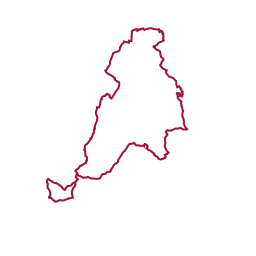 the district of Horoatu Crasnei, Salaj, Romania, rotated 31°
{"feature_id": "2599482B73206727878313", "entity_name": "Horoatu Crasnei", "entity_type": "district", "adm_level": 2, "iso_a3": "ROU", "parent_name": "Romania", "parent_adm1": "Salaj", "projection": "mercator", "projection_center": [22.925, 47.064], "detail": "fine", "context": "isolated", "style": "outline", "palette": "rose", "viewbox_px": 256, "rotation_deg": 31, "n_neighbors": 0, "source": "geoboundaries", "source_scale": "gbopen_adm2", "svg_char_len": 5848}
<svg xmlns="http://www.w3.org/2000/svg" viewBox="0 0 256 256"><g transform="rotate(31 128 128)"><path d="M111.1,221.8L113.1,219.9L112.9,219.5L113.3,219.0L115.2,217.3L116.8,216.1L115.3,214.9L114.6,213.9L113.7,213.4L113.7,213.0L113.4,212.9L113.3,212.2L112.6,211.5L112.6,210.9L112.3,210.3L112.3,209.2L112.0,208.3L112.0,207.5L112.4,206.4L112.3,204.6L112.0,203.9L112.0,203.2L110.5,201.8L111.0,200.6L111.0,199.6L111.6,198.6L111.6,198.1L111.6,197.9L111.4,197.7L109.9,197.5L109.0,196.8L108.6,196.9L107.8,194.1L107.7,193.0L107.4,192.4L109.7,194.4L111.9,193.8L112.5,193.9L114.5,193.6L115.4,193.8L116.1,192.9L118.1,191.7L118.4,190.9L119.7,190.4L120.5,190.6L121.3,190.3L122.8,190.2L123.8,189.2L124.7,189.1L127.8,187.4L129.3,186.2L129.7,185.8L129.9,183.7L129.8,181.1L129.9,180.7L130.6,180.5L130.8,180.0L132.2,178.9L132.4,178.6L132.5,177.0L134.0,175.4L134.8,175.2L135.3,174.4L135.3,173.9L134.9,172.9L134.9,172.4L135.2,171.7L134.9,171.0L135.2,169.4L135.0,168.2L135.1,167.6L135.1,166.7L135.4,166.1L135.4,165.1L135.8,164.7L136.7,163.0L136.9,161.9L136.3,161.3L136.1,160.6L136.3,153.4L136.1,152.8L136.7,149.7L137.0,149.4L137.1,146.8L137.3,146.0L137.1,143.6L137.3,143.0L137.2,142.1L137.5,141.0L138.8,139.8L140.0,139.2L140.7,137.7L141.6,137.8L143.3,138.7L144.0,138.7L146.4,137.2L147.1,137.3L147.7,136.8L149.1,136.2L150.1,135.2L151.3,135.4L150.6,133.1L151.0,132.8L153.9,133.2L154.4,133.6L154.2,135.8L155.8,136.0L156.2,136.3L157.6,136.0L160.5,136.0L161.0,136.4L162.8,136.3L164.1,136.7L164.0,137.5L165.5,137.6L166.4,137.9L167.1,137.8L167.4,137.6L168.5,137.7L168.9,137.8L169.7,138.7L172.1,138.2L172.7,137.7L172.8,137.3L173.2,137.2L173.6,136.4L174.0,136.3L174.4,135.8L174.6,134.8L175.3,134.4L175.4,134.0L174.8,132.9L173.4,131.9L174.6,130.5L174.4,130.3L175.5,128.4L172.6,127.4L170.9,126.2L170.2,125.9L169.1,125.0L168.6,124.1L167.6,121.2L166.0,119.7L165.6,118.3L164.9,117.8L164.8,116.7L165.0,116.1L164.9,115.5L165.2,115.2L165.3,113.9L164.9,113.8L164.9,113.1L164.7,112.9L162.5,112.1L162.4,110.4L162.8,110.2L163.0,109.6L163.9,109.6L165.2,108.4L166.2,108.3L166.9,107.0L169.0,104.0L171.3,102.7L172.6,101.0L176.1,100.8L178.8,99.3L179.3,98.6L176.6,97.7L174.6,96.3L174.0,95.7L173.5,95.5L173.0,94.1L171.0,91.7L170.4,91.3L170.0,91.2L168.7,90.1L168.7,89.6L167.3,88.2L166.7,86.1L166.5,84.9L165.5,84.5L163.4,82.0L162.4,81.7L162.0,81.2L162.1,80.8L161.7,80.2L160.9,80.0L160.7,79.7L160.3,77.8L157.7,77.6L155.7,76.8L154.7,76.1L154.3,75.0L153.6,74.4L153.3,73.5L152.4,73.7L152.0,73.1L152.6,72.5L154.0,71.8L154.9,71.8L155.4,72.0L156.0,73.9L158.0,73.2L157.9,72.4L157.5,71.7L157.6,70.9L157.2,70.7L156.9,69.9L156.3,69.7L156.1,68.9L155.5,69.3L154.7,68.3L152.9,67.4L153.1,67.0L150.4,65.8L149.3,67.7L147.0,65.8L145.2,63.1L144.3,62.8L141.1,62.0L136.9,62.7L136.2,62.6L134.3,62.0L131.7,60.7L131.5,58.6L127.9,59.1L125.1,58.5L123.1,57.6L123.4,55.8L122.9,54.2L122.9,53.1L123.3,52.2L123.3,51.6L122.8,50.7L119.8,50.0L119.0,49.5L118.9,49.1L118.2,48.5L118.0,48.0L117.4,47.8L116.9,46.9L116.2,46.0L114.3,45.7L112.1,46.2L110.6,45.9L110.0,45.5L108.4,45.5L107.9,44.9L109.3,43.4L110.1,41.4L110.2,39.8L111.2,37.9L112.3,36.8L112.9,35.6L113.6,34.6L111.6,32.8L111.9,32.2L111.0,31.0L110.8,30.3L109.2,29.7L108.8,29.3L109.3,28.7L107.0,27.5L105.7,29.5L104.8,28.8L105.0,27.9L103.5,27.4L103.0,28.1L102.1,28.6L99.2,29.8L96.8,30.5L95.5,31.1L92.0,34.6L91.6,35.5L90.5,35.3L89.7,34.8L88.1,36.5L88.3,36.7L88.2,36.8L86.4,37.9L86.8,38.4L86.4,38.8L85.9,40.0L84.8,39.1L84.2,39.6L83.9,39.3L82.4,41.0L81.4,42.8L86.2,51.8L83.8,52.7L84.9,54.3L80.0,55.9L80.5,56.9L79.5,59.4L79.5,60.0L79.8,61.9L79.8,62.5L79.6,62.8L80.6,65.4L80.6,66.5L80.0,67.5L78.7,68.8L76.7,71.4L77.0,72.7L77.4,74.0L78.4,80.4L79.4,82.0L79.7,83.2L79.8,84.1L79.3,86.4L79.7,86.5L79.6,88.0L79.7,89.2L79.4,90.4L79.1,90.6L80.1,91.2L83.5,91.9L85.2,91.5L86.3,91.7L88.2,91.6L90.0,92.1L91.2,92.0L91.6,92.8L91.6,93.3L91.9,93.4L93.9,93.5L94.1,93.7L96.9,93.5L97.8,94.6L98.7,96.6L98.7,97.2L99.0,97.7L99.2,98.8L99.0,102.3L98.7,104.6L98.9,105.4L98.6,110.6L98.7,111.2L98.1,111.3L96.3,110.9L95.7,109.7L95.0,109.3L92.5,109.4L92.3,109.6L92.5,109.9L92.2,110.2L92.3,111.3L91.9,111.6L91.8,112.2L91.6,112.6L90.6,113.3L90.4,113.8L90.0,114.5L90.0,115.3L90.1,115.9L90.7,116.8L90.1,117.3L92.8,125.2L90.6,126.2L91.5,127.4L92.2,130.7L92.7,131.8L96.5,134.9L97.0,136.1L97.7,138.2L98.2,141.6L98.7,143.4L98.9,144.0L99.9,145.2L100.0,145.5L99.4,145.7L100.0,147.6L100.5,148.0L101.3,149.9L100.9,150.8L101.0,151.5L101.5,152.8L101.7,155.1L101.1,156.2L101.1,156.3L101.9,156.4L101.8,156.7L101.9,157.3L101.6,158.3L101.4,161.1L101.0,163.2L100.5,163.6L100.1,164.3L100.4,166.0L101.3,167.5L101.6,167.6L101.9,168.2L102.1,169.0L101.9,169.3L103.2,169.9L103.4,170.6L105.1,172.3L105.2,172.9L105.9,173.8L107.0,173.8L108.0,174.2L109.1,176.4L109.6,177.0L109.6,177.8L109.3,178.0L109.7,178.4L109.5,178.9L109.9,179.3L109.9,179.6L109.4,180.3L109.6,180.4L108.9,181.1L108.5,182.2L107.4,183.5L107.2,184.6L106.6,184.9L106.8,185.5L106.4,185.9L106.4,187.0L106.2,188.2L106.0,189.0L105.4,189.8L105.1,191.3L105.0,192.0L107.3,192.5L107.6,193.0L107.8,194.1L108.5,197.0L109.0,196.9L109.9,197.5L111.4,197.7L111.6,198.1L111.5,198.6L111.0,199.6L110.9,200.6L110.5,201.6L108.9,203.9L108.9,204.9L109.2,206.2L106.1,209.0L105.8,209.9L105.7,212.4L105.9,213.5L105.7,213.7L104.5,213.8L104.0,213.4L102.2,213.1L101.4,212.4L100.0,212.7L99.3,212.5L98.9,212.2L98.3,212.4L97.4,212.1L95.9,212.2L94.8,212.0L93.7,212.8L91.8,213.2L91.2,213.2L90.6,212.8L87.2,213.1L86.5,212.7L85.8,212.7L85.6,213.6L85.6,215.1L86.5,216.2L87.8,216.9L88.3,217.5L88.6,218.2L88.6,218.8L90.0,220.7L92.9,221.9L93.6,222.7L94.2,223.0L94.7,223.6L95.2,224.3L95.6,225.2L95.8,225.3L96.1,226.1L95.8,227.3L95.9,228.0L96.1,228.4L96.7,228.4L97.9,227.5L98.4,227.5L98.7,227.7L100.3,228.3L101.8,228.4L102.5,228.2L103.2,228.6L103.7,228.6L105.0,227.5L105.5,226.2L106.1,225.9L106.6,225.0L107.7,224.4L108.7,224.2L109.7,223.6L110.7,222.6L111.1,221.8Z" fill="none" stroke="#9f1239" stroke-width="2"/></g></svg>